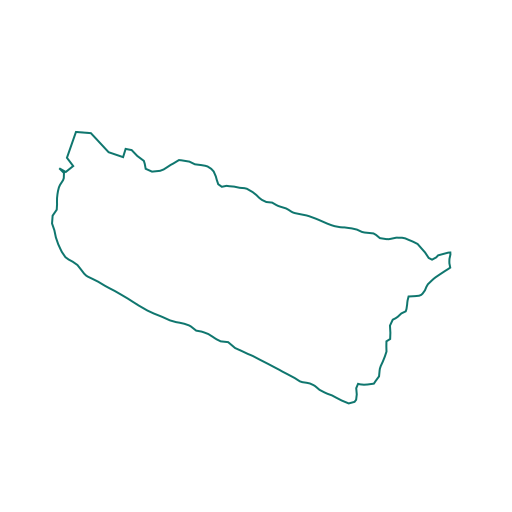 Nyaribari Chache, Nyanza, Kenya (Albers equal-area conic projection), rotated 345°
{"feature_id": "3690345B1553189525138", "entity_name": "Nyaribari Chache", "entity_type": "district", "adm_level": 2, "iso_a3": "KEN", "parent_name": "Kenya", "parent_adm1": "Nyanza", "projection": "albers", "projection_center": [34.834, -0.737], "detail": "fine", "context": "isolated", "style": "outline", "palette": "teal", "viewbox_px": 512, "rotation_deg": 345, "n_neighbors": 0, "source": "geoboundaries", "source_scale": "gbopen_adm2", "svg_char_len": 2953}
<svg xmlns="http://www.w3.org/2000/svg" viewBox="0 0 512 512"><g transform="rotate(345 256 256)"><path d="M307.4,422.4L313.4,422.4L315.5,420.8L317.5,415.8L318.6,409.6L321.5,405.9L323.3,406.9L327.0,408.3L330.6,409.0L336.8,409.8L339.2,407.7L343.7,404.1L345.8,398.5L346.5,396.9L348.0,394.6L351.1,390.9L354.4,386.5L357.3,382.1L358.5,377.1L359.9,372.2L364.1,370.9L365.9,365.0L367.4,357.9L371.6,352.9L374.6,352.3L377.2,351.4L381.5,349.1L386.3,348.2L387.6,346.2L389.5,341.8L390.1,340.1L390.9,338.2L392.9,334.6L399.1,335.9L403.3,336.6L405.5,336.3L407.1,335.5L410.3,332.9L412.6,329.9L414.7,327.8L419.4,325.2L421.5,324.1L423.8,323.1L428.7,321.4L431.4,320.5L434.7,319.4L438.0,318.4L440.6,317.5L440.9,313.1L441.4,311.1L442.1,308.9L444.2,304.8L444.6,302.9L442.6,302.5L438.5,302.5L432.1,302.5L429.7,304.0L425.1,305.1L422.3,302.6L420.2,296.3L417.6,291.1L415.2,286.2L411.6,283.0L410.1,281.8L408.1,280.3L404.7,277.6L401.9,276.2L396.2,274.6L390.7,274.3L388.5,274.1L386.2,273.4L380.3,270.8L377.4,266.7L375.3,264.6L371.4,263.1L366.9,261.4L364.6,260.2L360.3,256.6L355.6,254.1L352.9,253.0L348.9,251.3L346.5,250.6L344.6,249.9L339.6,247.5L336.9,245.8L333.4,243.3L330.4,240.9L325.9,237.3L323.4,235.4L321.0,233.7L317.6,231.3L315.3,229.9L310.0,227.3L304.8,224.7L303.2,223.7L301.8,222.5L299.4,219.8L297.3,217.8L292.2,214.6L290.4,213.4L288.8,212.0L285.4,208.6L279.9,206.5L276.2,203.3L275.1,201.9L274.0,200.4L272.2,197.3L269.3,193.4L264.6,188.7L262.4,187.5L257.9,185.9L252.8,183.3L248.3,181.7L245.7,180.6L240.9,180.3L238.1,176.9L237.8,172.2L237.8,168.8L237.0,163.4L235.3,160.2L232.4,157.0L230.3,155.7L226.6,154.0L220.7,151.6L216.1,147.6L211.0,145.3L208.8,144.3L206.4,143.4L199.9,145.3L197.2,145.9L193.0,147.3L189.2,148.5L185.4,148.9L177.4,147.6L172.0,143.2L172.4,138.2L172.3,135.1L167.2,128.6L163.3,121.5L160.6,120.2L157.8,118.8L153.2,126.1L140.5,117.6L128.3,94.6L114.2,89.6L98.8,112.2L102.7,121.8L94.0,125.6L88.7,120.4L92.0,126.1L90.5,131.0L89.3,132.8L85.1,136.6L83.4,138.7L81.6,141.9L80.2,145.0L78.8,148.6L77.7,152.5L77.2,154.6L75.5,159.7L70.0,164.4L67.4,171.8L67.9,178.9L67.5,186.3L68.0,193.4L68.9,198.7L69.5,201.8L71.6,207.8L74.1,210.9L77.5,214.1L81.2,218.5L83.5,223.9L85.4,228.5L86.9,231.0L88.2,232.4L92.5,236.1L96.9,240.0L102.4,245.7L104.3,247.5L106.1,249.2L110.5,253.2L116.2,258.9L121.2,264.0L123.2,266.2L125.1,268.3L129.9,273.5L136.9,280.5L142.4,285.1L148.3,289.5L150.1,290.9L156.2,295.9L161.7,299.2L164.8,300.6L169.2,302.9L173.2,305.6L174.8,307.1L176.0,308.7L178.9,312.6L183.8,314.9L186.1,316.4L189.7,319.0L193.6,323.2L194.7,324.5L196.4,326.3L199.8,329.3L206.8,332.0L212.0,339.5L218.0,344.4L222.8,348.5L225.2,350.3L227.2,351.9L231.5,355.9L232.8,357.1L239.8,363.4L246.8,369.9L249.1,372.0L251.5,374.4L255.9,378.4L257.5,379.9L261.8,383.9L265.9,388.4L268.0,389.8L272.4,391.7L275.1,393.1L278.0,395.5L279.2,396.7L280.3,398.2L282.7,401.7L286.5,405.2L287.8,406.3L289.4,407.6L293.3,410.3L296.8,413.6L301.4,417.8L307.4,422.4Z" fill="none" stroke="#0f766e" stroke-width="2"/></g></svg>